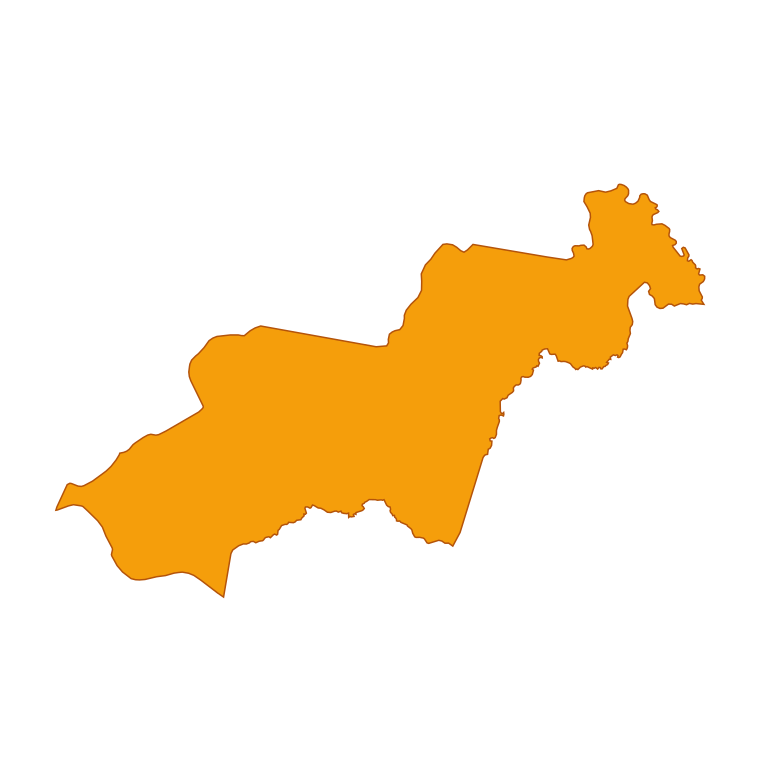 outline of Autazes, Amazonas, Brazil, rotated 190°
{"feature_id": "56859067B87803288994040", "entity_name": "Autazes", "entity_type": "district", "adm_level": 2, "iso_a3": "BRA", "parent_name": "Brazil", "parent_adm1": "Amazonas", "projection": "mercator", "projection_center": [-59.68, -3.831], "detail": "fine", "context": "isolated", "style": "filled", "palette": "amber", "viewbox_px": 768, "rotation_deg": 190, "n_neighbors": 0, "source": "geoboundaries", "source_scale": "gbopen_adm2", "svg_char_len": 6147}
<svg xmlns="http://www.w3.org/2000/svg" viewBox="0 0 768 768"><g transform="rotate(190 384 384)"><path d="M632.2,270.0L632.4,268.4L634.6,262.7L638.5,255.4L642.5,250.0L654.2,237.7L661.8,231.8L664.2,230.6L667.5,230.3L674.5,231.7L676.1,231.7L678.5,229.9L684.8,206.0L685.2,202.7L683.8,203.2L673.5,209.2L668.9,211.2L660.8,211.4L659.1,211.0L653.4,207.3L642.2,199.6L636.5,194.2L631.4,185.9L623.1,175.2L622.6,173.6L622.8,168.6L622.0,167.1L615.3,158.8L608.9,153.5L599.2,148.4L594.8,148.1L590.8,148.6L585.4,150.0L574.5,154.7L565.9,157.4L557.9,161.3L553.6,162.7L550.0,163.7L543.5,163.7L538.0,162.5L530.7,159.2L511.6,149.3L505.0,146.3L505.3,190.3L504.2,194.2L499.0,199.5L494.7,202.1L491.8,202.5L488.9,204.2L488.1,205.5L486.6,206.0L485.2,206.3L482.7,205.4L479.6,207.5L476.3,208.6L475.5,209.6L474.6,211.5L473.7,212.4L470.9,213.6L469.2,212.9L466.7,216.4L465.6,217.2L463.5,216.6L462.7,217.5L462.9,221.5L461.9,222.6L460.3,226.8L457.1,228.6L455.3,228.9L454.3,230.0L454.0,231.2L449.1,231.7L447.5,232.8L446.4,234.6L442.3,235.9L441.8,237.5L439.8,240.3L440.3,242.0L438.8,242.1L438.0,243.3L440.3,247.9L440.0,249.2L438.0,249.7L435.3,248.9L434.4,249.6L433.4,252.4L431.8,252.2L427.3,250.5L424.7,250.7L421.1,249.6L417.5,247.9L414.1,248.2L410.5,250.2L408.7,250.6L406.8,249.9L404.3,251.3L403.4,249.9L401.4,249.6L398.2,249.8L396.5,250.7L395.6,246.5L394.6,247.6L393.3,247.4L390.5,248.4L391.5,250.2L390.3,251.1L389.0,250.8L389.3,252.5L383.8,255.4L382.7,256.4L381.8,257.9L383.0,259.4L384.5,260.4L384.4,261.9L382.8,263.1L382.3,264.3L380.8,265.3L378.6,267.6L372.3,268.6L370.3,268.4L366.7,269.4L365.2,269.3L363.9,270.1L360.4,265.2L358.5,264.0L356.6,263.9L355.8,261.8L356.0,260.3L355.3,258.8L353.3,257.2L352.5,255.9L350.9,256.4L350.3,254.7L349.1,254.0L348.2,252.8L347.9,251.4L346.4,251.3L344.8,251.8L343.3,250.7L336.8,249.2L336.2,248.2L332.4,246.2L331.2,245.1L329.8,242.0L327.2,238.8L325.7,238.5L322.2,239.2L318.6,239.1L317.4,238.6L314.0,235.0L312.3,234.8L302.9,239.6L299.8,239.4L296.3,237.8L292.7,238.5L288.1,236.3L283.3,251.0L273.7,328.7L272.6,331.2L271.4,332.1L269.8,332.7L270.0,337.8L268.3,339.3L267.4,342.3L267.8,346.5L269.5,346.4L270.4,348.3L269.2,349.4L267.8,350.0L266.4,349.5L265.2,350.5L264.5,353.9L265.2,357.9L264.9,361.0L263.9,367.0L264.2,368.7L265.1,370.0L265.1,372.9L263.3,373.8L260.8,373.3L260.7,375.0L261.2,376.7L262.1,375.5L263.4,375.6L264.6,377.0L266.6,387.2L264.5,390.3L263.1,390.0L260.5,391.8L259.8,394.5L256.1,398.1L255.2,399.8L255.9,402.6L255.2,404.3L253.6,406.1L251.7,406.3L250.3,407.3L249.7,408.6L249.7,411.8L250.2,413.2L249.6,414.9L248.3,415.5L246.5,415.2L243.1,415.7L240.9,417.0L239.6,419.1L239.2,423.6L240.6,424.4L239.9,425.7L237.2,427.2L236.6,428.5L235.4,428.2L234.5,431.5L235.8,433.3L236.2,435.0L235.5,436.7L234.1,437.4L232.7,437.2L233.0,438.4L234.4,439.1L236.2,439.2L236.4,441.2L234.4,443.5L234.1,444.9L231.8,446.4L229.1,447.1L225.9,442.4L224.3,442.2L220.7,443.1L219.4,441.9L216.5,436.7L214.9,437.2L213.6,436.8L210.8,437.5L208.9,437.6L205.4,436.9L203.9,436.4L200.9,433.6L198.7,432.6L197.7,431.6L196.7,432.3L195.6,431.9L193.5,434.8L190.7,436.5L189.2,436.5L188.3,435.7L187.1,436.4L181.2,434.9L181.2,436.1L179.8,436.0L178.4,437.0L176.2,435.8L175.2,437.7L173.9,437.8L173.2,436.6L171.9,436.7L170.6,439.3L169.3,439.7L168.6,440.9L167.2,441.9L166.6,443.7L168.5,444.0L166.4,447.6L165.0,447.6L165.8,449.8L163.2,452.5L161.1,452.2L159.6,453.2L158.5,452.7L158.6,451.0L157.4,450.8L156.2,451.7L155.2,454.9L154.5,456.3L154.5,459.8L153.0,460.2L151.3,459.8L150.8,461.0L150.6,462.5L150.8,464.2L151.9,466.4L151.2,468.3L151.3,471.0L150.1,476.5L151.1,479.5L151.3,482.6L149.8,485.6L149.9,488.7L151.2,491.7L157.7,503.0L158.5,509.7L157.8,512.9L145.2,529.4L142.2,529.3L139.6,527.0L138.1,524.2L139.5,521.2L138.1,518.3L135.1,517.2L132.6,515.1L130.7,509.2L128.5,507.1L125.4,506.3L122.4,507.1L117.7,512.1L114.6,512.5L111.6,511.2L106.1,514.7L102.9,514.9L99.8,514.6L97.2,516.4L93.9,516.3L90.7,517.4L82.8,518.0L86.1,521.7L85.5,523.5L85.6,525.0L89.8,530.5L90.8,534.3L90.5,537.1L87.4,540.3L86.8,541.9L86.5,543.2L86.9,545.8L89.0,546.9L92.2,546.1L93.3,547.1L92.8,552.1L94.3,552.4L95.6,551.7L97.4,552.6L97.5,554.3L98.1,555.4L101.1,557.5L102.1,559.1L103.2,559.7L105.2,557.8L106.6,558.1L106.8,561.0L106.0,562.6L106.1,564.1L111.1,570.3L113.0,570.6L114.3,569.1L110.8,563.2L111.2,562.1L113.0,561.3L114.6,561.4L123.0,568.9L123.9,570.5L121.7,571.7L120.6,573.5L121.0,575.2L122.2,576.2L127.5,577.9L129.0,579.3L129.4,581.2L129.2,583.7L129.5,585.8L130.3,586.7L134.8,589.0L138.1,590.0L143.5,588.6L145.8,587.5L147.7,587.5L148.2,588.8L148.0,591.4L149.1,595.0L148.8,596.7L147.9,597.8L144.2,600.3L143.3,601.7L144.9,603.0L146.7,603.5L147.5,604.6L146.3,605.5L145.8,606.8L146.3,608.0L153.2,610.0L154.8,611.5L157.5,615.7L160.1,616.6L161.8,616.4L163.7,615.6L164.8,613.7L164.6,612.2L165.6,608.2L167.7,605.7L170.0,604.3L174.3,604.2L177.8,605.5L178.9,606.7L178.8,608.3L176.6,611.8L176.2,613.8L176.8,617.3L177.6,618.5L179.5,620.0L182.1,621.2L184.9,621.7L186.6,621.6L187.7,621.0L188.7,617.1L194.1,613.6L199.1,611.4L206.2,611.7L216.7,607.7L217.9,606.6L218.9,604.3L219.1,602.2L218.8,598.4L214.7,593.7L210.6,588.0L209.6,583.9L210.0,576.1L208.4,571.9L207.0,570.1L204.8,566.2L202.3,557.8L202.7,555.8L204.6,553.3L206.2,552.4L207.7,552.4L208.6,554.0L211.1,555.5L214.4,554.7L215.9,553.9L219.9,553.3L221.4,552.3L222.3,550.2L221.8,548.2L220.1,545.8L219.0,542.9L219.9,541.4L221.3,540.2L225.9,537.9L245.0,537.4L320.6,536.9L325.1,530.5L328.1,527.7L331.6,528.6L336.2,531.3L340.6,533.0L346.4,532.9L350.2,531.7L356.5,521.8L359.6,514.9L363.9,508.5L366.4,498.9L364.7,491.7L363.3,482.7L365.6,475.0L371.3,467.2L374.9,460.5L375.9,455.2L375.3,452.0L375.4,444.9L377.9,440.3L382.4,438.4L385.0,436.6L387.3,434.0L387.5,428.7L386.7,425.3L388.0,422.0L398.2,419.3L515.5,419.7L520.7,416.8L525.0,413.2L530.0,407.3L532.9,406.9L536.0,407.0L543.9,405.6L556.8,401.8L560.5,399.5L563.8,396.3L567.5,388.6L572.0,381.6L574.4,378.8L577.6,374.1L578.6,370.0L578.6,367.7L578.3,361.9L577.0,357.5L574.8,353.6L558.2,330.8L558.0,329.4L559.0,327.6L561.6,324.2L590.7,299.7L597.1,295.0L599.8,294.0L604.9,294.0L607.8,292.7L611.8,289.5L618.7,282.8L620.6,280.7L623.5,275.5L625.8,273.1L628.4,271.5L632.2,270.0Z" fill="#f59e0b" stroke="#b45309" stroke-width="1.5"/></g></svg>